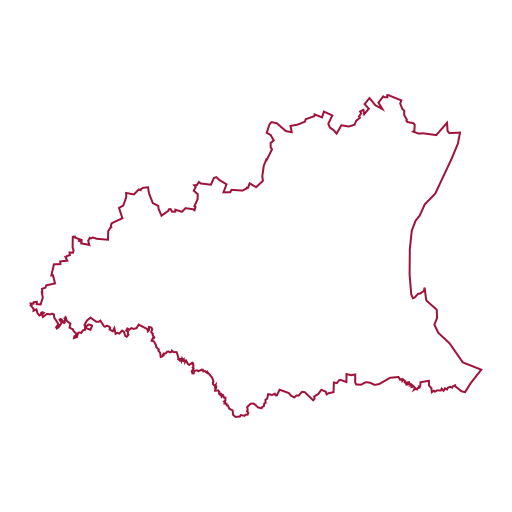 Gert Sibande, Mpumalanga, South Africa (Natural Earth projection)
{"feature_id": "47623444B27645248540404", "entity_name": "Gert Sibande", "entity_type": "district", "adm_level": 2, "iso_a3": "ZAF", "parent_name": "South Africa", "parent_adm1": "Mpumalanga", "projection": "natural_earth1", "projection_center": [29.797, -26.609], "detail": "fine", "context": "isolated", "style": "outline", "palette": "rose", "viewbox_px": 512, "rotation_deg": 0, "n_neighbors": 0, "source": "geoboundaries", "source_scale": "gbopen_adm2", "svg_char_len": 6009}
<svg xmlns="http://www.w3.org/2000/svg" viewBox="0 0 512 512"><path d="M356.3,384.5L361.1,384.7L365.8,382.2L370.0,382.7L374.7,384.9L379.1,384.1L390.0,377.8L398.5,377.0L400.1,379.8L401.9,379.0L402.3,381.0L403.4,379.7L405.2,381.3L404.8,382.4L406.1,383.4L406.4,384.7L408.4,384.3L408.6,383.4L407.5,382.5L409.1,382.2L410.3,384.7L411.3,384.3L412.0,385.0L411.0,385.7L412.4,385.8L411.9,386.9L413.7,386.4L414.9,387.7L414.0,389.7L415.2,388.9L417.2,389.4L417.4,388.2L419.3,387.7L419.0,386.6L419.8,386.9L420.3,385.6L420.5,382.2L428.9,380.8L429.0,385.4L431.4,388.3L431.8,392.2L433.8,390.7L434.9,391.7L437.0,390.4L440.8,390.5L441.7,388.7L443.5,390.8L445.0,388.3L446.9,389.5L447.9,387.7L450.1,386.8L452.1,387.7L452.9,386.3L455.1,385.3L455.4,386.4L461.3,391.2L465.0,392.2L470.8,383.0L481.3,369.7L462.8,362.4L449.6,343.4L438.3,332.8L434.4,324.7L437.1,317.8L436.7,309.7L426.9,301.0L426.1,299.5L424.6,287.6L423.9,290.9L420.1,293.6L418.1,293.7L414.7,297.5L412.9,298.2L411.3,294.6L410.7,288.2L409.6,274.5L409.8,249.3L411.8,230.5L415.7,220.5L419.7,215.6L424.8,204.3L435.2,193.7L451.6,158.8L457.9,143.6L460.0,132.6L449.4,133.1L447.6,131.1L447.0,122.8L436.3,135.1L423.2,133.3L418.7,133.6L413.1,131.6L414.4,130.5L414.7,124.6L413.4,123.2L407.4,122.0L406.4,120.8L406.9,119.9L404.2,115.0L404.2,110.6L402.3,108.9L400.2,103.6L401.3,100.4L388.5,95.2L387.3,95.1L387.3,97.3L384.3,97.2L383.2,96.4L378.5,102.6L382.4,109.1L375.3,105.2L369.5,98.1L364.6,104.1L368.8,108.7L364.2,114.2L363.4,109.8L360.1,111.5L361.2,113.4L359.0,116.4L359.9,117.8L356.2,120.8L354.5,124.8L348.8,126.5L341.4,125.3L336.6,133.6L333.6,130.1L329.9,127.6L328.3,123.8L332.3,115.4L323.9,111.6L322.0,117.4L314.6,114.4L314.3,116.2L305.7,119.2L304.9,121.7L297.4,124.7L290.5,125.9L291.7,132.2L285.9,131.1L276.9,123.3L271.4,122.1L269.4,124.5L266.7,132.8L270.7,135.0L273.7,140.5L270.6,143.0L270.7,147.3L272.0,149.3L266.7,159.9L266.3,159.5L263.8,165.6L262.3,176.1L262.9,180.8L256.1,187.2L249.6,183.3L248.1,187.7L246.9,187.6L246.9,188.3L242.5,190.6L231.5,189.8L230.3,192.2L226.7,192.3L223.5,192.3L226.5,184.3L219.4,180.0L216.5,177.2L213.9,177.9L210.9,184.7L200.8,183.5L198.9,182.0L196.9,185.0L194.3,185.3L195.7,186.8L193.8,190.7L197.7,194.1L197.6,199.2L194.4,206.2L195.5,207.0L194.5,210.3L193.0,209.2L185.5,208.2L181.9,211.8L175.4,209.7L175.3,211.7L172.1,211.7L170.6,209.1L168.9,209.3L168.3,210.8L161.5,215.7L158.5,208.7L158.3,205.9L152.8,203.1L149.0,193.3L148.0,187.3L143.2,187.8L140.7,189.3L140.6,190.2L138.7,189.5L134.0,194.4L126.1,193.0L126.3,197.0L123.3,205.5L119.0,207.9L122.4,218.2L111.8,223.2L110.9,225.3L111.3,227.3L110.4,227.6L108.2,231.3L108.0,239.7L96.8,238.8L92.8,237.5L91.0,238.4L89.8,237.8L88.2,240.9L89.3,244.9L81.3,243.4L81.6,240.0L80.6,239.7L80.2,241.3L79.0,240.9L79.7,239.3L75.2,237.7L74.9,236.6L72.8,236.8L72.6,247.7L73.6,250.4L72.9,252.7L69.5,252.5L69.9,255.1L66.7,256.1L66.2,257.7L65.7,257.5L67.3,260.7L60.3,261.4L60.4,264.1L53.9,264.3L51.4,275.5L53.0,275.3L55.0,283.4L46.2,285.4L45.5,287.6L42.0,288.9L42.3,292.4L41.8,292.4L42.8,297.6L40.6,304.5L36.7,304.1L36.8,301.8L33.7,302.2L33.5,303.7L30.7,303.5L31.5,305.3L30.8,305.5L33.5,308.7L33.5,310.8L36.4,309.3L37.5,313.2L39.4,315.5L40.8,314.6L41.2,312.7L42.4,312.2L43.8,312.8L42.1,314.7L42.9,317.0L47.0,313.9L50.0,314.4L52.4,313.7L54.0,314.6L54.1,317.3L58.4,324.2L56.1,327.2L56.8,328.5L58.8,327.1L61.7,322.8L59.5,319.8L60.6,319.0L61.7,319.6L64.1,323.0L64.8,322.5L64.5,321.2L65.3,319.4L64.5,318.3L65.6,317.2L66.8,320.9L70.4,323.7L69.5,327.6L73.0,329.4L73.5,331.0L76.3,333.5L75.8,335.6L74.4,336.2L74.0,338.1L77.0,337.0L78.1,333.1L79.2,332.4L81.3,332.9L82.8,330.4L85.1,329.8L85.0,327.6L90.4,329.8L92.1,325.9L91.7,325.3L88.7,324.5L86.4,326.2L84.5,324.9L87.0,320.5L90.5,317.6L96.2,321.7L98.7,321.8L100.3,320.6L104.1,326.4L105.2,326.7L106.9,325.7L109.2,326.7L110.1,327.7L109.6,329.5L112.8,331.3L114.3,328.2L115.6,333.8L117.4,332.8L119.3,333.6L122.1,330.6L123.9,331.8L125.4,336.0L126.7,336.8L128.5,334.7L127.8,333.8L128.1,331.4L126.2,330.6L127.4,328.5L129.5,329.7L131.4,328.1L133.5,328.9L136.5,328.2L138.7,324.6L147.3,329.1L147.9,331.3L149.0,330.2L149.0,327.0L151.5,327.6L152.2,329.2L151.2,332.2L152.9,333.8L152.5,334.9L154.3,337.5L153.7,338.3L153.0,337.8L151.6,340.7L154.0,341.5L156.1,345.3L156.1,346.9L158.8,349.5L158.4,350.7L160.2,353.0L160.7,357.0L162.6,356.3L162.9,354.9L163.7,355.1L163.8,353.5L165.8,353.4L167.0,351.8L168.6,351.5L169.8,352.4L171.6,351.8L171.9,350.7L173.6,352.1L176.6,352.1L178.3,357.2L178.2,359.0L179.5,359.0L178.9,359.5L179.9,360.6L181.1,360.2L181.4,361.0L182.0,358.7L182.4,359.7L183.2,359.3L182.8,360.5L183.5,360.1L183.2,361.7L183.8,360.5L183.9,361.2L185.2,361.1L185.2,361.9L185.7,361.1L185.2,360.6L185.9,360.3L188.0,364.1L189.2,364.9L192.3,362.7L193.1,363.3L192.6,365.3L193.2,364.6L193.5,366.3L192.7,367.5L193.6,368.3L191.7,371.3L192.5,373.4L193.7,373.4L194.3,370.7L197.1,370.4L198.3,371.2L201.0,370.2L200.9,371.0L201.4,369.7L202.8,369.7L203.4,371.4L205.0,371.1L206.2,372.3L207.0,371.7L207.5,373.2L208.2,372.9L212.2,377.7L213.5,381.6L212.8,382.7L213.1,384.4L214.8,385.8L215.6,384.9L215.2,386.9L216.2,386.6L216.1,388.0L215.4,388.4L215.1,390.7L218.1,390.4L219.5,392.1L218.9,393.0L219.4,394.2L220.6,395.1L220.4,393.9L221.2,393.8L222.2,394.8L221.5,395.4L221.7,396.8L223.3,395.6L224.1,397.7L225.4,397.7L225.4,400.3L224.0,401.5L225.1,402.2L224.5,403.5L226.5,403.7L226.7,405.3L227.9,405.4L229.2,408.6L232.6,410.4L233.1,414.8L235.4,416.9L239.8,416.6L240.7,415.1L244.5,415.8L245.6,414.7L247.6,414.7L248.3,412.5L247.0,411.4L247.7,409.7L247.2,407.0L250.7,403.7L254.0,403.7L258.2,407.5L261.6,408.2L262.1,407.1L263.9,406.1L264.3,403.4L265.6,402.8L265.4,399.9L267.2,398.6L268.2,394.1L272.0,395.0L274.8,393.7L275.6,395.3L276.9,395.3L279.6,389.7L288.7,393.0L291.2,395.8L294.3,397.4L296.4,395.5L298.8,395.5L302.0,391.8L304.8,392.2L313.2,400.3L314.6,398.6L314.2,396.5L318.3,394.0L321.3,389.8L325.8,391.7L326.7,394.4L328.5,393.2L333.5,392.2L333.9,382.5L336.8,383.1L339.1,380.3L340.7,379.9L346.4,382.0L346.5,374.1L351.0,375.2L355.2,374.5L355.2,382.6L356.3,384.5Z" fill="none" stroke="#9f1239" stroke-width="2"/></svg>